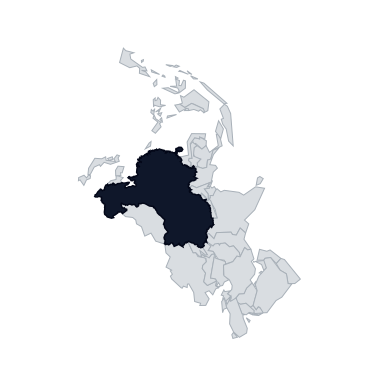 location of China within Asia, rotated 215°
{"feature_id": "CHN", "entity_name": "China", "entity_type": "country or territory", "adm_level": 0, "iso_a3": "CHN", "parent_name": "Asia", "parent_adm1": "", "projection": "albers", "projection_center": [106.815, 35.887], "detail": "fine", "context": "in_parent", "style": "filled", "palette": "ink", "viewbox_px": 384, "rotation_deg": 215, "n_neighbors": 45, "source": "natural_earth", "source_scale": "50m", "svg_char_len": 17945}
<svg xmlns="http://www.w3.org/2000/svg" viewBox="0 0 384 384"><g transform="rotate(215 192 192)"><path d="M184.3,133.6L181.0,135.1L179.1,138.7L175.7,137.0L173.2,141.5L168.2,141.9L168.6,147.0L166.9,148.9L156.2,142.9L154.2,144.5L150.1,142.5L143.2,145.9L140.2,143.1L141.1,138.0L139.7,135.2L134.4,133.4L130.9,125.2L125.8,124.3L120.9,133.2L119.0,128.9L115.5,128.6L117.0,126.2L116.0,119.7L121.4,120.9L123.6,117.1L116.7,114.3L115.7,107.0L120.5,103.5L121.1,105.8L127.0,103.8L133.0,110.7L141.9,114.9L142.9,113.9L141.2,111.0L145.1,109.9L144.8,107.7L145.8,107.3L158.8,109.1L161.4,110.7L160.9,113.4L164.5,114.9L163.9,116.3L170.2,115.6L172.6,126.3L178.4,127.2L184.3,133.6Z" fill="#d9dde1" stroke="#a8b0b8" stroke-width="1"/><path d="M120.9,133.2L125.8,124.3L130.9,125.2L134.4,133.4L139.7,135.2L141.1,138.0L140.2,143.1L142.5,145.6L149.2,143.5L147.5,145.0L151.8,148.5L148.7,149.6L146.5,148.5L147.4,146.6L144.6,146.3L141.9,148.8L140.3,148.0L140.2,152.2L138.0,154.4L127.5,132.2L122.9,134.3L120.9,133.2Z" fill="#d9dde1" stroke="#a8b0b8" stroke-width="1"/><path d="M325.6,256.5L330.7,270.5L327.3,269.8L319.5,272.7L322.0,269.3L318.4,265.8L304.0,265.7L302.2,267.5L298.4,265.4L303.2,262.7L298.8,263.9L292.8,262.2L303.2,259.1L305.8,263.3L309.4,263.7L314.3,258.1L325.6,256.5ZM279.0,283.9L277.8,286.9L274.6,287.7L276.0,285.3L279.0,283.9ZM307.7,272.6L307.0,271.1L307.7,269.2L308.9,270.7L307.7,272.6ZM252.4,256.9L250.9,259.3L256.7,264.3L253.0,265.0L249.0,276.9L229.9,275.6L225.7,267.7L227.8,263.8L230.5,266.7L240.6,265.1L243.1,264.4L246.3,257.1L252.4,256.9ZM286.0,269.7L293.8,267.2L295.4,268.7L286.0,269.7ZM282.9,271.3L280.7,271.3L279.9,270.5L283.0,269.7L282.9,271.3ZM283.3,256.7L286.1,258.7L285.4,263.9L282.3,259.8L283.3,256.7ZM262.3,262.6L275.5,260.2L271.3,263.8L260.5,265.5L260.3,267.3L263.4,269.0L270.6,266.0L265.3,269.9L271.8,277.0L268.8,277.3L270.1,275.2L266.2,276.1L263.9,271.8L261.9,272.8L263.1,278.7L261.1,279.3L257.0,273.2L259.4,265.8L262.3,262.6ZM265.6,288.5L259.5,288.3L262.5,287.5L265.6,288.5ZM262.5,286.3L269.2,284.6L272.0,283.3L271.7,284.6L262.5,286.3ZM255.6,285.5L259.8,286.4L252.0,288.0L255.6,285.5ZM216.5,282.6L238.0,284.4L248.4,286.9L244.7,288.0L214.3,284.7L216.5,282.6ZM208.4,270.3L216.8,276.0L215.8,282.5L212.2,282.5L205.4,278.5L184.7,253.4L191.2,254.7L200.1,263.2L205.7,265.2L209.8,268.4L208.4,270.3Z" fill="#d9dde1" stroke="#a8b0b8" stroke-width="1"/><path d="M279.6,284.9L282.0,282.3L286.5,281.3L279.6,284.9Z" fill="#d9dde1" stroke="#a8b0b8" stroke-width="1"/><path d="M73.0,127.0L69.0,128.7L64.6,133.5L66.6,129.0L71.5,126.3L73.0,127.0Z" fill="#d9dde1" stroke="#a8b0b8" stroke-width="1"/><path d="M76.1,126.2L71.5,126.3L76.5,125.1L76.1,126.2Z" fill="#d9dde1" stroke="#a8b0b8" stroke-width="1"/><path d="M71.0,128.4L68.0,129.7L70.6,127.6L71.0,128.4Z" fill="#d9dde1" stroke="#a8b0b8" stroke-width="1"/><path d="M71.0,128.4L78.3,131.0L76.9,134.2L71.9,132.5L71.9,136.1L66.1,135.9L64.6,133.5L71.0,128.4Z" fill="#d9dde1" stroke="#a8b0b8" stroke-width="1"/><path d="M88.4,169.1L93.4,172.5L100.4,171.4L93.3,177.6L87.5,172.5L88.4,169.1Z" fill="#d9dde1" stroke="#a8b0b8" stroke-width="1"/><path d="M87.5,166.9L88.4,165.1L90.5,164.3L89.8,166.8L87.5,166.9Z" fill="#d9dde1" stroke="#a8b0b8" stroke-width="1"/><path d="M88.4,150.0L88.3,154.9L85.5,151.2L88.4,150.0Z" fill="#d9dde1" stroke="#a8b0b8" stroke-width="1"/><path d="M76.9,134.2L78.3,131.0L84.0,131.8L87.8,127.9L92.1,127.5L95.1,130.5L95.0,135.6L91.1,138.6L92.2,144.5L90.7,152.0L82.0,148.5L76.9,134.2Z" fill="#d9dde1" stroke="#a8b0b8" stroke-width="1"/><path d="M94.1,177.3L99.6,173.5L103.8,183.8L96.7,186.4L94.8,189.3L81.1,188.6L81.9,181.7L90.0,183.4L94.1,179.6L94.1,177.3ZM101.7,170.3L100.4,170.4L101.5,169.9L101.7,170.3Z" fill="#d9dde1" stroke="#a8b0b8" stroke-width="1"/><path d="M207.1,238.1L208.5,232.8L216.9,233.9L218.2,232.1L221.3,234.8L220.9,238.0L216.2,239.9L217.4,241.5L209.6,242.2L207.1,238.1Z" fill="#d9dde1" stroke="#a8b0b8" stroke-width="1"/><path d="M214.6,232.9L208.5,232.8L207.1,238.1L200.4,234.5L197.1,245.1L205.2,253.2L202.2,254.4L193.8,247.1L198.7,238.4L195.5,229.7L197.6,227.0L194.1,220.7L196.7,217.5L201.7,216.0L204.5,218.7L203.7,223.9L209.5,222.0L213.4,224.5L215.7,229.5L214.6,232.9Z" fill="#d9dde1" stroke="#a8b0b8" stroke-width="1"/><path d="M220.6,233.1L214.6,232.9L215.7,229.5L211.4,222.3L203.7,223.9L204.5,218.7L201.7,216.0L206.1,214.2L205.9,211.1L209.7,215.4L212.9,215.6L213.8,217.9L211.4,219.5L220.4,228.6L220.6,233.1Z" fill="#d9dde1" stroke="#a8b0b8" stroke-width="1"/><path d="M201.7,216.0L196.7,217.5L194.1,220.7L197.6,227.0L195.5,229.7L198.7,238.4L195.3,243.2L195.9,235.0L193.1,224.6L188.0,227.3L184.9,226.1L186.0,220.4L181.9,211.0L190.7,198.1L195.7,197.2L196.5,194.0L199.5,196.4L196.0,206.0L198.7,205.8L200.7,209.0L199.7,211.2L204.6,212.3L201.7,216.0Z" fill="#d9dde1" stroke="#a8b0b8" stroke-width="1"/><path d="M211.9,242.7L217.4,241.5L216.2,239.9L220.9,238.0L221.1,230.5L211.4,219.5L213.8,217.9L212.9,215.6L209.7,215.4L207.2,210.7L215.3,208.6L222.2,213.5L216.0,220.2L224.7,230.2L225.8,239.6L214.2,247.5L211.9,242.7Z" fill="#d9dde1" stroke="#a8b0b8" stroke-width="1"/><path d="M265.9,150.1L265.0,154.7L261.4,158.7L263.6,162.2L256.5,164.3L257.2,160.6L254.7,159.5L256.0,157.4L258.9,153.4L261.7,153.8L261.1,152.4L264.3,148.9L265.9,150.1Z" fill="#d9dde1" stroke="#a8b0b8" stroke-width="1"/><path d="M259.7,164.7L263.7,161.5L267.1,165.9L267.4,170.7L262.2,173.8L260.2,167.6L261.6,166.8L259.7,164.7Z" fill="#d9dde1" stroke="#a8b0b8" stroke-width="1"/><path d="M185.0,133.5L193.5,130.9L202.0,134.8L205.4,128.8L213.5,134.6L219.2,134.1L222.0,136.8L226.0,137.1L232.4,133.7L236.6,134.3L235.4,140.3L239.6,139.0L243.0,141.4L231.8,148.7L228.7,148.0L227.8,149.9L228.8,151.8L226.1,154.3L215.3,157.9L207.2,154.7L198.4,153.8L196.8,149.4L188.9,145.4L189.7,141.0L185.0,133.5Z" fill="#d9dde1" stroke="#a8b0b8" stroke-width="1"/><path d="M196.5,194.0L195.7,197.2L190.7,198.1L183.1,209.6L182.4,205.1L181.0,206.7L179.9,205.1L183.5,201.6L177.6,199.8L174.9,196.1L173.7,197.7L175.2,199.5L172.8,201.1L174.2,202.1L173.4,209.0L168.5,208.6L166.5,211.9L153.3,218.7L147.9,219.1L142.9,232.7L134.7,236.7L130.4,213.5L132.9,199.1L127.2,198.4L124.6,189.2L131.9,190.1L131.0,182.1L134.5,180.4L137.0,181.5L148.6,172.8L147.2,166.3L154.1,167.5L156.8,165.9L158.1,169.7L155.6,177.1L159.9,182.1L156.6,185.2L163.0,191.0L173.7,195.9L176.1,191.7L175.9,194.4L177.9,195.8L183.4,196.4L183.0,193.7L194.0,190.5L194.0,193.4L196.5,194.0Z" fill="#d9dde1" stroke="#a8b0b8" stroke-width="1"/><path d="M182.4,205.1L181.8,213.2L180.2,207.2L177.9,206.7L176.9,209.2L173.9,208.1L172.8,201.1L175.2,199.5L173.7,197.7L174.9,196.1L177.6,199.8L183.5,201.6L179.9,205.1L181.0,206.7L182.4,205.1Z" fill="#d9dde1" stroke="#a8b0b8" stroke-width="1"/><path d="M183.0,193.7L183.4,196.4L175.9,194.4L179.3,191.7L183.0,193.7Z" fill="#d9dde1" stroke="#a8b0b8" stroke-width="1"/><path d="M174.6,192.0L173.7,195.9L171.7,195.6L156.6,185.2L161.0,181.7L169.4,190.0L174.6,192.0Z" fill="#d9dde1" stroke="#a8b0b8" stroke-width="1"/><path d="M156.8,165.9L154.1,167.5L147.2,166.3L148.6,172.8L137.0,181.5L134.5,180.4L131.0,182.1L131.9,190.1L124.6,189.2L122.3,183.1L111.0,178.9L113.2,176.5L117.0,176.7L115.4,166.5L118.4,169.5L127.1,171.7L129.9,168.6L135.6,169.2L145.4,159.1L152.6,159.8L153.7,163.8L156.8,165.9Z" fill="#d9dde1" stroke="#a8b0b8" stroke-width="1"/><path d="M131.9,151.9L140.7,155.4L145.2,153.2L145.6,158.5L149.1,157.6L152.6,159.8L143.8,159.8L143.6,162.5L140.9,165.0L139.0,164.2L139.2,166.2L135.6,169.2L129.9,168.6L127.1,171.7L118.4,169.5L115.4,166.5L118.4,165.2L118.6,158.3L123.3,152.3L126.5,154.6L131.9,151.9Z" fill="#d9dde1" stroke="#a8b0b8" stroke-width="1"/><path d="M138.0,154.4L140.2,152.2L140.3,148.0L147.4,146.6L147.3,148.8L143.7,149.5L151.7,152.7L152.5,158.9L145.6,158.5L145.2,153.2L140.7,155.4L138.0,154.4Z" fill="#d9dde1" stroke="#a8b0b8" stroke-width="1"/><path d="M149.2,143.5L154.2,144.5L156.2,142.9L166.9,148.9L151.7,152.7L143.7,149.5L144.4,148.1L151.8,148.5L147.5,145.0L149.2,143.5Z" fill="#d9dde1" stroke="#a8b0b8" stroke-width="1"/><path d="M115.5,128.6L119.0,128.9L119.9,132.9L122.9,134.3L127.5,132.2L136.4,151.2L135.7,152.7L134.5,151.3L124.8,154.2L123.3,152.3L124.2,150.1L119.0,142.6L111.5,141.1L113.9,136.8L113.3,133.0L114.9,131.2L118.2,132.9L118.1,129.0L115.1,130.5L115.5,128.6Z" fill="#d9dde1" stroke="#a8b0b8" stroke-width="1"/><path d="M90.7,152.0L92.2,144.5L91.1,138.6L95.0,135.6L95.5,128.0L97.7,124.6L100.0,128.6L104.6,128.9L103.5,134.9L105.4,138.4L111.0,141.5L117.8,141.7L124.2,150.1L118.6,158.3L118.4,165.2L115.4,166.5L117.0,176.7L113.2,176.5L111.0,178.9L102.9,172.7L103.6,169.2L96.0,165.5L93.5,160.5L94.0,153.4L90.7,152.0Z" fill="#d9dde1" stroke="#a8b0b8" stroke-width="1"/><path d="M71.8,128.0L76.1,126.2L77.1,122.6L81.0,120.8L91.1,127.3L87.8,127.9L84.0,131.8L73.0,130.5L71.8,128.0Z" fill="#d9dde1" stroke="#a8b0b8" stroke-width="1"/><path d="M100.7,129.0L98.3,122.2L99.5,120.2L102.3,123.2L100.7,129.0Z" fill="#d9dde1" stroke="#a8b0b8" stroke-width="1"/><path d="M95.1,130.5L81.0,120.8L78.2,122.1L79.7,120.3L77.7,118.0L68.5,112.0L66.4,107.8L69.8,100.2L77.7,101.2L85.5,105.5L90.9,114.1L98.8,118.0L99.3,124.8L97.7,124.6L95.1,130.5ZM74.5,95.5L77.5,97.9L77.5,100.7L71.5,99.1L74.5,95.5Z" fill="#d9dde1" stroke="#a8b0b8" stroke-width="1"/><path d="M146.4,241.1L145.3,243.6L141.3,243.8L140.9,237.9L143.3,234.3L146.4,241.1Z" fill="#d9dde1" stroke="#a8b0b8" stroke-width="1"/><path d="M255.0,200.6L255.2,207.5L254.5,209.9L252.3,205.8L255.0,200.6Z" fill="#d9dde1" stroke="#a8b0b8" stroke-width="1"/><path d="M105.4,121.8L106.6,125.0L108.9,124.3L109.7,130.0L108.1,129.2L104.1,132.8L104.6,128.9L100.7,129.0L101.0,125.3L102.1,121.5L104.3,123.7L105.4,121.8ZM100.0,128.6L99.1,127.5L99.3,124.8L100.5,126.5L100.0,128.6Z" fill="#d9dde1" stroke="#a8b0b8" stroke-width="1"/><path d="M97.7,110.7L104.9,119.3L104.7,123.6L97.0,116.8L98.7,114.2L97.7,110.7Z" fill="#d9dde1" stroke="#a8b0b8" stroke-width="1"/><path d="M259.5,235.4L256.5,232.5L259.9,233.0L259.5,235.4ZM265.7,242.7L264.8,238.0L266.1,239.4L267.8,236.6L265.7,242.7ZM272.2,239.6L276.7,245.4L276.1,247.9L274.6,245.6L273.5,247.1L274.1,250.0L270.4,249.2L267.9,245.4L263.3,247.8L267.2,243.3L272.7,241.5L272.2,239.6ZM255.7,240.2L249.1,246.6L254.9,238.2L255.7,240.2ZM260.1,219.2L260.0,229.7L266.3,230.1L267.2,233.3L263.6,231.2L257.2,231.4L257.9,229.5L254.7,227.6L255.7,219.1L260.1,219.2ZM262.3,239.6L261.4,235.9L265.0,236.2L262.3,239.6ZM271.3,233.5L272.6,236.2L270.3,235.9L270.3,239.0L267.7,233.1L271.3,233.5Z" fill="#d9dde1" stroke="#a8b0b8" stroke-width="1"/><path d="M199.1,252.3L207.5,255.1L211.1,265.6L202.5,261.7L199.1,252.3ZM252.4,256.9L246.3,257.1L243.1,264.4L230.5,266.7L228.3,265.4L227.8,263.8L232.4,264.1L232.9,262.0L237.8,260.7L241.2,257.0L244.7,257.2L248.2,250.3L255.9,253.3L252.4,256.9Z" fill="#d9dde1" stroke="#a8b0b8" stroke-width="1"/><path d="M244.8,254.4L244.7,257.2L242.7,258.1L241.2,257.0L244.8,254.4Z" fill="#d9dde1" stroke="#a8b0b8" stroke-width="1"/><path d="M290.3,152.1L290.9,163.9L285.0,167.4L282.9,171.3L280.5,168.7L272.3,173.0L275.0,174.4L274.7,179.4L272.2,180.1L272.1,177.5L269.2,175.4L274.7,167.9L281.0,165.9L281.7,160.5L283.5,161.3L286.4,156.3L285.4,147.9L287.3,146.7L290.3,152.1ZM290.7,137.7L291.5,136.1L293.1,138.8L290.1,143.8L286.5,143.1L286.5,146.3L284.4,147.1L283.2,144.6L285.4,141.4L284.4,135.4L290.7,137.7ZM275.5,173.4L278.2,170.1L280.4,171.1L277.5,175.1L275.5,173.4Z" fill="#d9dde1" stroke="#a8b0b8" stroke-width="1"/><path d="M81.9,181.7L81.1,188.6L77.5,189.7L53.3,182.8L55.3,175.9L60.8,172.1L67.7,179.1L74.9,178.5L81.9,181.7Z" fill="#d9dde1" stroke="#a8b0b8" stroke-width="1"/><path d="M64.4,133.9L70.1,136.4L71.9,136.1L71.9,132.5L76.9,134.2L82.0,148.5L87.1,152.6L89.0,161.5L87.5,172.5L94.1,177.3L94.1,179.6L90.0,183.4L74.9,178.5L67.7,179.1L60.8,172.1L57.5,173.8L58.1,157.4L60.9,151.3L61.4,136.1L64.4,133.9Z" fill="#d9dde1" stroke="#a8b0b8" stroke-width="1"/><path d="M75.4,120.1L70.7,120.1L70.5,117.9L75.4,120.1Z" fill="#d9dde1" stroke="#a8b0b8" stroke-width="1"/><path d="M222.0,213.6L221.5,213.2L220.4,213.3L219.4,212.5L218.6,212.3L218.4,210.9L218.9,210.2L217.3,209.6L216.6,209.7L215.2,208.6L214.1,209.1L213.7,210.0L212.8,210.3L212.3,210.0L211.7,210.7L210.9,210.0L210.6,210.5L210.1,210.0L209.3,210.9L208.0,210.0L207.1,211.0L206.1,210.6L205.6,211.2L206.1,212.4L205.9,214.2L204.7,214.0L204.4,212.5L203.1,213.2L201.9,213.1L201.5,211.6L199.6,211.1L200.6,209.0L199.0,208.2L198.7,206.3L199.2,205.7L197.6,205.6L195.9,206.0L196.4,205.2L196.0,204.0L196.6,203.4L196.9,202.4L199.1,200.9L198.9,200.3L199.2,200.0L199.5,198.6L199.5,196.2L199.0,195.9L198.6,196.2L198.3,194.5L197.3,193.5L197.0,193.4L196.5,194.2L194.8,193.3L194.1,193.4L194.9,192.5L194.6,191.7L193.9,191.9L193.9,191.5L194.5,191.1L193.8,190.5L192.1,191.4L190.4,190.5L188.2,191.8L187.0,191.9L185.4,193.2L185.3,193.6L183.6,193.9L182.8,193.7L182.9,193.3L182.1,192.7L181.5,192.9L179.0,191.6L177.9,192.1L176.1,193.9L175.9,193.2L176.3,191.9L175.9,191.6L173.4,191.9L172.3,191.7L171.2,190.7L170.6,191.1L170.1,190.4L169.6,190.9L169.1,189.8L167.8,189.4L168.1,188.7L167.2,188.6L166.1,187.3L166.0,186.4L164.8,186.2L164.1,184.8L162.3,183.1L162.1,182.3L160.7,181.9L159.8,182.5L159.1,181.3L158.1,180.5L158.2,179.9L156.7,178.7L156.3,177.6L155.5,177.7L155.9,175.9L155.6,174.2L156.3,174.2L156.6,175.0L157.4,174.8L157.7,172.9L157.3,171.8L157.5,170.4L158.2,169.8L157.1,168.4L157.0,166.7L157.2,166.1L155.3,165.3L154.5,164.5L154.4,164.0L153.6,164.0L153.2,163.2L153.7,162.3L153.6,161.5L152.8,161.0L152.8,160.5L151.1,159.3L152.8,159.1L152.5,158.4L153.1,156.2L152.2,155.2L151.6,155.3L151.2,155.0L151.7,152.7L152.3,152.5L152.4,151.9L152.9,151.3L154.8,151.1L154.9,150.7L156.4,150.8L156.4,151.7L157.7,152.0L159.4,150.6L161.8,151.2L162.5,150.5L163.4,150.2L166.6,149.7L166.9,148.0L167.8,147.7L167.6,147.1L168.5,147.0L168.3,144.3L168.7,143.1L169.0,142.7L168.0,141.9L171.7,141.6L172.0,142.2L173.1,142.6L173.4,141.8L173.0,141.2L175.4,137.3L177.0,138.3L178.2,138.6L178.3,139.0L179.7,138.7L180.1,138.2L180.3,136.4L180.8,135.4L182.5,135.2L183.4,133.8L185.0,133.9L185.1,134.4L184.8,134.6L185.2,135.2L185.0,135.6L185.9,136.2L185.9,136.7L186.7,137.4L187.5,137.5L188.8,138.7L189.6,141.9L189.3,142.7L189.3,143.3L188.5,144.6L188.7,145.6L193.6,147.0L195.7,148.9L196.9,149.3L196.8,149.9L197.1,150.2L197.6,152.1L198.5,153.8L200.1,153.8L204.5,154.7L205.5,154.5L208.5,155.1L209.8,156.2L211.6,156.7L212.8,157.5L214.4,157.2L214.4,157.8L215.4,158.0L218.9,156.1L224.0,155.6L226.1,154.6L227.2,153.0L229.0,151.9L227.9,150.1L228.2,148.8L228.7,148.1L229.7,148.1L230.3,148.5L232.0,148.8L232.9,148.1L233.8,146.9L235.9,146.5L236.8,145.7L237.3,144.1L238.7,143.8L238.9,143.1L239.4,143.3L241.4,142.4L242.4,142.6L243.3,142.4L243.3,141.8L242.9,141.1L240.4,139.1L239.1,139.3L238.4,140.2L237.2,139.8L236.3,139.9L235.7,140.4L235.2,139.9L234.9,139.3L235.4,138.9L235.4,138.0L236.6,134.5L238.8,135.1L239.7,134.1L241.1,133.3L241.1,132.7L240.8,132.4L241.9,129.1L242.9,127.6L242.6,126.4L241.5,126.1L242.9,124.4L247.1,123.0L249.3,123.8L249.7,123.5L250.8,123.7L252.3,125.3L253.9,128.4L254.8,129.3L255.0,130.2L255.6,130.5L255.7,131.6L256.6,132.0L257.8,131.7L258.6,132.1L259.4,131.9L260.9,133.0L261.5,132.9L261.7,133.6L262.3,134.2L262.4,135.0L263.1,135.8L265.7,135.1L266.6,133.7L268.4,132.5L269.2,132.6L269.2,133.2L269.7,134.0L269.0,135.3L269.2,138.3L268.9,139.4L268.9,140.2L268.6,140.6L268.7,141.6L268.4,142.0L266.2,141.7L265.7,142.8L264.9,143.4L266.0,145.3L266.4,147.2L266.4,148.6L265.3,149.4L265.6,149.6L265.6,149.8L264.9,149.4L264.8,149.0L264.1,148.9L264.0,150.4L263.3,150.7L262.8,151.9L261.1,152.4L261.8,153.3L261.7,154.0L259.7,154.0L259.1,153.4L258.7,153.7L257.7,156.2L255.7,157.8L254.7,159.5L253.5,159.8L252.0,160.9L250.4,162.7L249.8,162.9L249.8,163.3L248.9,163.8L248.7,163.3L249.8,162.6L249.6,162.3L250.0,161.8L248.9,162.0L248.8,161.5L249.3,161.2L249.2,160.6L249.7,160.3L250.4,158.6L249.3,157.4L249.2,157.8L248.0,157.8L246.9,159.9L244.9,161.5L244.2,163.2L242.8,163.7L242.3,163.3L241.8,163.6L241.4,164.9L241.7,165.6L242.5,166.2L244.5,166.3L245.0,167.2L244.8,168.3L245.6,168.8L246.6,168.6L247.4,167.0L248.4,166.4L250.4,167.2L251.2,166.9L252.6,167.0L252.3,168.0L252.5,168.3L252.1,168.7L251.2,168.5L249.5,169.7L249.0,169.7L249.2,170.2L248.9,170.4L248.8,171.2L248.3,171.4L248.1,171.0L247.8,171.1L247.6,171.4L248.1,171.7L246.5,173.8L246.1,175.1L248.7,176.4L250.5,179.7L250.6,180.7L251.8,181.2L252.2,181.9L253.1,182.5L253.3,183.0L253.1,183.0L252.1,182.7L251.2,182.8L250.1,182.3L249.1,182.9L250.6,182.6L250.8,183.0L253.0,184.1L253.5,184.8L253.6,185.1L252.6,185.6L251.6,186.9L250.6,187.1L250.0,187.5L250.7,187.3L251.1,187.7L252.5,187.0L253.6,187.8L254.5,187.9L253.4,189.2L254.2,188.7L254.4,189.0L254.5,190.0L254.0,189.7L253.4,190.2L254.0,190.6L253.7,190.7L254.0,190.9L253.6,191.5L254.1,192.4L253.3,192.7L253.0,192.5L252.7,193.3L252.2,193.5L252.4,193.8L252.0,194.7L252.1,195.2L251.0,197.5L250.6,197.6L250.4,197.0L250.2,197.3L249.9,197.2L250.7,198.3L249.8,199.2L249.0,199.2L249.5,199.6L250.2,199.3L250.4,201.0L249.3,201.0L249.7,201.5L248.9,201.7L248.9,202.5L248.2,202.8L248.3,203.4L246.9,203.5L246.4,204.0L247.0,204.6L246.0,205.8L245.6,205.8L245.5,206.5L245.2,206.2L244.7,206.7L244.3,206.5L243.4,208.5L241.3,209.0L241.0,209.4L240.2,209.2L239.4,209.8L238.8,209.4L238.7,210.1L237.3,210.2L236.2,209.3L236.2,208.6L235.9,208.7L235.5,209.3L236.1,210.1L236.2,211.1L235.2,211.6L235.0,211.2L234.7,212.0L233.8,212.4L233.2,211.9L233.1,212.6L232.1,212.3L231.3,213.2L229.8,213.4L228.7,214.2L228.3,213.9L227.6,215.0L228.2,215.3L228.1,215.7L228.6,216.1L228.2,216.7L227.0,216.6L227.2,216.3L226.4,215.1L227.0,213.6L226.1,213.0L226.0,213.4L225.0,213.8L224.9,213.3L224.0,213.2L223.3,212.5L223.4,213.2L222.9,213.1L222.0,213.6ZM229.6,217.5L230.0,218.4L229.1,219.4L228.6,220.9L227.6,221.7L226.2,222.4L224.0,221.6L223.9,219.5L225.5,218.2L225.2,218.2L225.4,217.9L227.8,217.4L228.9,217.6L229.0,217.1L229.6,217.5ZM253.4,183.6L252.6,183.5L251.8,182.9L252.4,183.0L253.4,183.6ZM255.0,187.6L254.4,187.6L254.2,187.2L254.9,187.3L255.0,187.6ZM250.9,200.4L250.6,200.9L250.6,200.3L250.9,200.4ZM228.0,214.8L228.6,214.6L228.5,214.9L228.0,214.8Z" fill="#0f172a" stroke="#020617" stroke-width="1.5"/></g></svg>